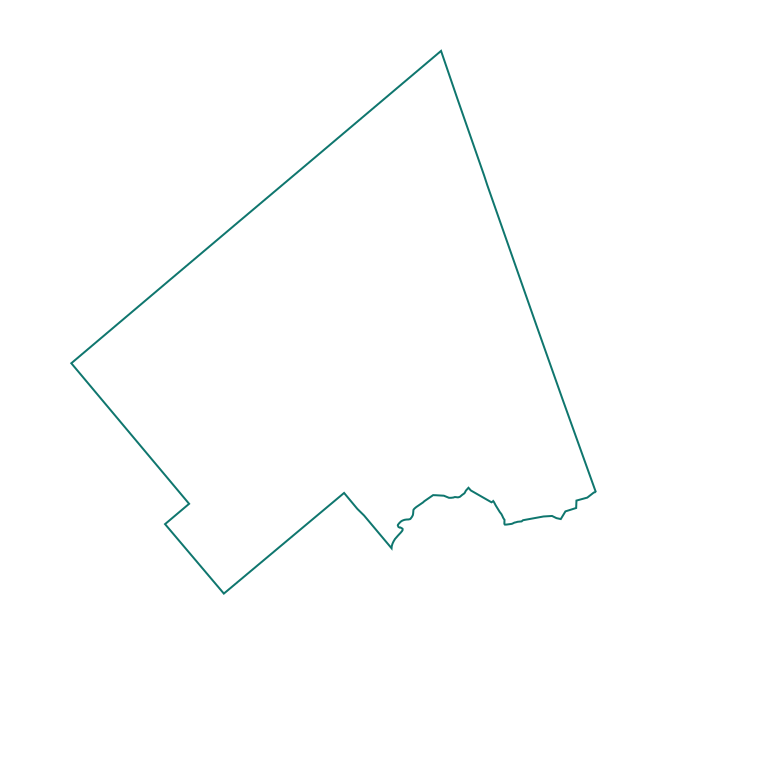 Yuma, Arizona, United States of America, rotated 230°
{"feature_id": "52423323B36944168134022", "entity_name": "Yuma", "entity_type": "district", "adm_level": 2, "iso_a3": "USA", "parent_name": "United States of America", "parent_adm1": "Arizona", "projection": "natural_earth1", "projection_center": [-114.473, 32.752], "detail": "fine", "context": "isolated", "style": "outline", "palette": "teal", "viewbox_px": 768, "rotation_deg": 230, "n_neighbors": 0, "source": "geoboundaries", "source_scale": "gbopen_adm2", "svg_char_len": 1438}
<svg xmlns="http://www.w3.org/2000/svg" viewBox="0 0 768 768"><g transform="rotate(230 384 384)"><path d="M253.3,284.2L253.7,284.6L254.8,285.7L256.3,288.0L257.3,290.2L258.2,292.8L258.9,297.3L259.4,301.4L259.8,303.5L260.2,304.4L261.0,305.1L261.5,305.1L263.6,304.3L263.9,303.7L265.1,303.2L266.7,303.6L267.2,304.2L267.6,306.2L267.8,308.4L267.6,310.0L267.2,311.3L266.7,312.5L265.8,314.0L264.5,315.7L263.8,317.0L263.7,317.6L264.3,320.1L265.0,321.8L265.9,322.9L268.6,325.6L268.8,326.1L269.0,327.5L269.0,329.7L268.2,337.8L268.3,339.5L267.3,350.2L265.2,352.5L259.9,358.1L259.2,358.4L259.1,358.5L255.1,360.6L253.6,362.4L252.3,364.4L252.1,365.2L251.6,365.9L249.6,367.8L249.1,368.9L248.8,369.7L248.8,372.8L248.6,374.8L248.7,375.8L249.7,378.3L250.2,382.0L246.6,382.1L224.3,390.3L224.0,392.0L224.1,392.4L223.2,392.4L219.0,391.5L211.5,390.4L211.3,390.4L208.8,390.3L205.9,389.6L205.5,389.4L203.8,389.1L202.5,389.0L199.6,386.4L199.0,386.2L198.6,386.2L197.5,387.6L194.9,391.7L194.5,392.6L194.0,394.8L193.4,395.9L192.5,397.9L190.3,401.1L190.3,402.8L190.2,403.1L180.0,421.0L174.9,427.9L170.4,429.9L166.9,432.6L169.8,441.1L165.5,451.5L171.0,456.5L166.3,466.7L166.0,475.0L165.5,476.0L165.6,477.0L257.9,511.1L331.6,538.7L470.1,591.0L479.3,594.7L555.4,623.6L602.5,641.8L601.9,473.2L601.7,378.1L601.4,285.7L600.9,157.8L417.5,157.7L417.4,126.2L326.4,126.6L326.2,283.4L305.5,283.3L296.1,284.2L253.3,284.2Z" fill="none" stroke="#0f766e" stroke-width="2"/></g></svg>